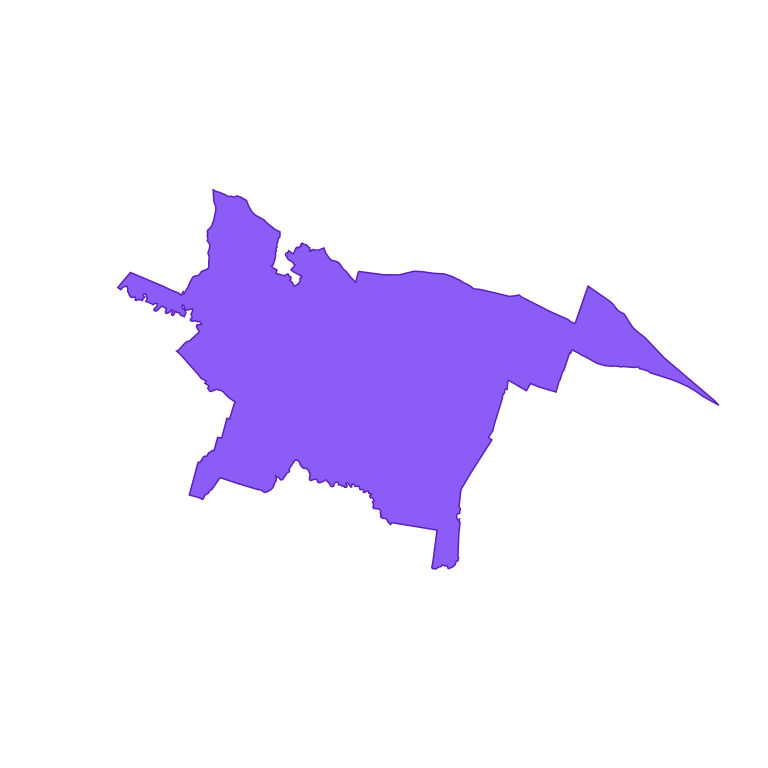 Scheia, Iasi, Romania, rotated 312°
{"feature_id": "2599482B98020878229832", "entity_name": "Scheia", "entity_type": "district", "adm_level": 2, "iso_a3": "ROU", "parent_name": "Romania", "parent_adm1": "Iasi", "projection": "mercator", "projection_center": [27.497, 46.938], "detail": "fine", "context": "isolated", "style": "filled", "palette": "violet", "viewbox_px": 768, "rotation_deg": 312, "n_neighbors": 0, "source": "geoboundaries", "source_scale": "gbopen_adm2", "svg_char_len": 6171}
<svg xmlns="http://www.w3.org/2000/svg" viewBox="0 0 768 768"><g transform="rotate(312 384 384)"><path d="M290.2,555.7L293.9,557.4L297.1,557.8L300.8,556.3L302.1,557.3L304.8,555.8L305.1,554.6L311.6,549.1L322.2,540.3L332.2,533.0L332.2,531.7L334.1,530.5L332.4,530.0L333.1,527.7L335.2,525.6L336.3,525.5L338.6,526.8L339.7,525.4L341.5,525.1L342.1,524.6L343.2,521.7L356.9,511.9L374.9,508.2L414.6,501.6L414.2,497.3L422.1,496.2L426.4,493.7L453.2,481.2L454.6,479.9L458.2,479.4L460.3,477.6L461.5,477.8L462.2,479.2L468.5,474.5L470.1,474.1L474.3,494.3L482.4,492.6L485.3,500.7L493.1,517.2L503.3,512.2L505.1,512.0L512.3,508.6L513.3,508.3L514.0,508.7L530.5,501.5L531.3,501.2L531.7,502.1L535.2,501.0L537.0,507.3L537.7,511.4L539.1,516.0L541.8,528.3L545.3,535.5L549.6,541.5L552.0,543.5L555.2,548.5L557.2,550.3L563.7,558.9L566.8,561.3L566.4,563.7L568.6,567.6L570.3,571.7L570.5,574.4L579.3,593.7L582.3,601.5L585.4,611.5L587.0,619.1L588.2,629.6L592.3,647.1L592.8,640.9L590.9,575.3L593.1,547.1L592.4,537.1L592.4,532.0L592.9,529.2L596.8,515.6L595.4,510.5L595.2,508.6L596.6,500.1L596.6,496.6L593.3,470.1L558.2,485.0L556.4,485.2L555.1,480.7L555.1,477.7L549.1,459.2L540.8,428.5L540.5,425.0L539.9,424.1L538.0,423.1L533.0,418.5L520.2,395.0L517.5,390.5L515.3,388.0L514.7,386.2L514.5,382.2L512.5,375.1L512.0,371.3L509.1,361.7L505.8,354.6L499.9,347.4L493.0,337.2L488.1,331.0L475.0,322.1L464.7,310.3L450.8,290.0L449.6,290.2L440.5,295.0L441.2,287.2L442.4,280.4L442.1,277.0L443.7,271.0L443.8,269.4L443.2,266.3L441.0,262.8L440.8,259.2L442.3,253.3L444.9,248.3L439.6,245.8L437.3,243.1L436.8,241.6L434.9,240.3L434.2,241.1L433.0,240.1L434.2,238.4L435.5,237.9L435.1,236.5L435.6,233.6L435.1,232.3L434.2,231.1L434.3,230.2L433.9,228.9L433.0,228.7L432.6,229.2L431.7,228.9L430.9,230.3L428.4,228.9L427.5,229.0L427.3,227.8L426.0,227.6L420.5,229.5L419.6,228.1L419.4,224.0L416.9,224.6L416.2,223.9L415.2,223.8L414.0,224.4L412.4,229.6L413.3,233.8L412.8,237.4L413.0,238.3L406.6,238.5L406.6,241.2L408.3,247.3L408.3,248.4L409.0,250.1L409.0,251.0L406.4,250.9L403.9,252.9L402.9,253.2L399.0,252.9L396.7,251.7L398.2,247.6L397.9,244.5L399.4,244.6L401.2,243.4L401.2,242.8L400.5,241.2L401.5,240.0L401.6,239.4L401.2,238.6L397.9,237.8L394.0,229.6L397.2,228.0L396.0,223.9L396.2,221.4L396.7,221.9L398.8,221.7L403.7,219.5L407.8,216.9L408.9,215.1L410.6,215.3L412.3,213.2L414.2,212.9L416.4,210.4L417.7,210.4L421.6,208.1L423.4,208.3L426.4,206.0L427.5,204.7L426.0,200.0L425.3,188.5L425.7,185.0L423.5,175.7L423.4,171.3L425.7,164.3L428.5,158.7L428.0,157.5L427.0,152.6L425.7,149.4L424.7,148.3L423.8,148.4L422.5,147.3L421.1,144.5L418.9,142.6L418.4,139.2L415.8,132.2L414.8,130.6L414.0,127.1L406.1,135.1L404.4,137.6L403.6,139.9L400.9,142.5L390.7,148.5L389.2,148.6L387.5,149.7L384.0,150.4L380.0,150.1L378.7,151.0L377.9,152.3L376.0,153.2L374.1,156.0L372.2,156.7L371.4,160.3L370.8,161.3L368.5,163.3L363.5,165.5L361.3,169.3L357.5,172.0L353.3,175.9L351.0,175.7L345.4,173.1L340.8,173.6L337.4,171.0L335.9,170.4L331.4,171.3L324.8,173.5L317.2,174.9L318.1,173.0L314.2,173.9L314.1,170.2L311.5,163.5L308.5,153.4L297.2,120.9L277.6,121.6L277.9,125.3L281.8,125.3L284.6,127.7L284.1,129.1L281.4,131.5L279.4,136.1L279.2,137.6L279.5,138.8L281.8,140.3L282.0,140.9L281.6,141.8L279.9,143.0L280.0,143.6L283.0,145.6L284.4,148.7L286.3,147.7L288.3,148.2L288.7,147.7L288.4,146.6L288.7,145.9L289.5,145.4L291.1,146.3L291.4,147.0L289.2,150.8L286.0,151.7L288.2,157.6L288.2,159.0L291.2,160.3L292.0,161.9L290.2,163.2L285.5,163.0L285.1,163.5L285.0,165.0L286.2,166.2L293.3,166.8L294.5,171.9L291.3,173.3L290.7,174.5L290.8,175.1L294.4,176.8L297.2,176.6L297.6,177.8L293.9,179.3L293.2,180.5L293.5,181.0L294.7,181.4L298.5,180.4L298.7,182.6L300.1,184.4L299.9,185.2L299.0,186.2L300.4,190.5L304.4,189.2L305.5,186.8L305.8,183.0L306.9,181.6L307.7,181.4L308.1,181.6L308.1,183.2L306.6,186.1L306.5,187.3L307.2,188.3L311.8,191.4L311.5,192.1L308.7,193.4L306.8,193.7L306.1,195.5L304.9,196.8L302.8,196.8L301.9,197.3L301.7,197.8L302.3,199.7L304.3,200.8L305.4,203.5L307.1,205.2L307.1,205.6L306.3,208.5L303.0,205.5L301.1,206.2L299.8,209.9L299.6,211.9L285.2,210.6L284.3,209.4L281.1,208.7L271.3,208.6L269.7,207.8L269.7,212.9L266.7,239.7L265.8,244.6L267.3,249.7L264.7,250.3L265.4,254.7L265.3,255.8L262.9,255.6L262.6,257.8L261.9,259.2L262.8,260.6L267.9,263.0L270.2,267.4L270.6,270.4L270.2,273.4L270.1,278.0L271.0,285.6L268.8,286.0L254.6,292.7L253.5,290.2L235.3,299.5L233.0,296.1L220.8,302.3L220.1,301.2L218.2,300.4L216.7,300.7L215.8,299.7L211.6,300.5L210.5,299.2L209.1,298.6L207.4,298.8L206.0,299.7L205.2,299.2L203.2,299.8L202.6,299.7L202.1,298.5L200.8,298.5L171.2,313.6L175.4,321.6L177.0,326.6L182.0,325.3L185.2,326.5L187.4,325.9L190.9,326.6L204.7,324.8L212.5,342.6L221.4,361.4L221.9,361.2L223.2,365.2L223.3,367.1L223.9,368.2L224.9,368.9L229.2,370.5L232.9,370.8L237.3,368.9L239.5,368.7L241.2,367.8L243.2,365.2L244.0,368.5L243.6,371.0L243.8,371.7L245.2,372.6L253.1,371.5L255.3,372.4L256.6,371.7L257.2,370.4L268.1,368.8L269.1,370.2L269.5,371.2L269.4,372.7L269.2,373.7L268.0,375.4L267.4,379.1L267.6,380.7L269.3,382.7L269.3,385.8L268.2,387.6L268.2,388.8L263.7,392.0L263.1,392.7L263.0,394.0L267.6,396.7L267.8,398.9L266.7,400.6L267.5,402.3L270.9,404.0L273.3,404.6L274.0,405.3L273.5,406.4L273.8,408.2L272.5,413.0L272.9,414.0L274.4,415.0L276.6,413.7L278.6,413.8L279.5,414.5L280.0,416.0L278.6,417.9L280.1,418.9L280.1,421.2L281.3,422.6L280.8,423.8L282.2,425.1L282.9,425.2L284.0,424.3L284.2,422.5L285.2,422.4L286.2,423.6L285.2,428.5L286.2,428.7L287.7,427.3L289.3,428.4L289.4,429.2L288.5,431.0L291.2,433.7L290.9,434.9L289.9,435.9L289.5,437.1L291.3,438.6L291.7,439.5L291.3,440.3L290.0,440.7L289.9,441.6L290.8,442.4L293.0,442.9L293.8,444.0L293.7,444.6L292.7,445.7L293.8,448.5L293.3,448.8L291.6,448.1L290.6,449.3L290.5,450.4L291.3,450.9L291.5,451.8L291.0,454.1L290.5,454.7L288.9,454.3L288.3,454.8L287.8,456.6L285.1,458.2L284.7,459.0L284.9,459.9L287.8,464.0L287.8,465.4L286.8,467.2L285.6,467.5L285.0,468.9L284.0,469.6L284.2,470.1L283.0,470.6L283.2,472.5L285.4,475.8L284.0,479.9L283.9,482.9L286.2,482.6L310.9,521.2L284.9,539.1L279.5,542.4L279.3,543.8L280.5,544.9L281.1,546.2L284.7,547.2L286.6,548.6L288.7,548.5L289.3,550.5L291.1,552.2L289.9,554.8L290.2,555.7Z" fill="#8b5cf6" stroke="#5b21b6" stroke-width="1.5"/></g></svg>